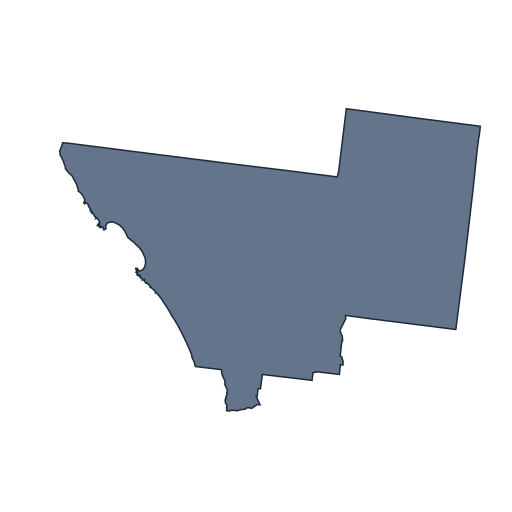 Wattle Range, South Australia, Australia, rotated 7°
{"feature_id": "25037944B1081142143908", "entity_name": "Wattle Range", "entity_type": "district", "adm_level": 2, "iso_a3": "AUS", "parent_name": "Australia", "parent_adm1": "South Australia", "projection": "mercator", "projection_center": [140.154, -37.508], "detail": "fine", "context": "isolated", "style": "filled", "palette": "slate", "viewbox_px": 512, "rotation_deg": 7, "n_neighbors": 0, "source": "geoboundaries", "source_scale": "gbopen_adm2", "svg_char_len": 5720}
<svg xmlns="http://www.w3.org/2000/svg" viewBox="0 0 512 512"><g transform="rotate(7 256 256)"><path d="M463.7,233.9L463.3,162.0L462.6,123.6L462.7,109.9L462.9,109.9L462.9,106.7L462.8,99.9L462.7,99.9L395.8,99.5L327.7,98.8L327.7,161.8L327.0,167.6L276.1,167.4L226.3,167.5L122.3,167.2L54.0,166.9L50.3,167.2L50.5,167.5L48.3,176.1L48.9,177.3L49.3,179.5L49.5,180.0L51.2,182.1L53.4,185.7L53.6,186.3L54.3,187.6L54.4,188.2L54.9,188.8L55.5,189.9L56.0,191.5L56.2,192.5L56.6,193.1L57.5,193.9L58.0,194.6L58.7,195.0L60.1,196.4L61.4,197.4L63.2,198.5L64.0,199.3L65.0,200.7L65.7,201.9L67.3,204.0L69.4,207.1L70.2,209.1L71.2,210.9L71.5,212.1L71.4,212.8L71.6,213.1L71.8,213.4L72.8,213.8L74.9,215.3L77.8,218.4L78.4,219.7L78.9,220.5L79.4,222.3L79.4,222.7L79.1,222.8L78.9,223.0L79.0,223.2L79.0,223.5L78.7,223.7L78.7,223.9L79.1,223.7L79.3,224.0L79.2,224.2L78.8,224.1L78.7,224.3L79.5,224.5L79.3,224.9L79.4,225.0L79.5,225.0L79.5,224.7L79.8,224.6L79.9,224.4L80.7,224.4L80.8,224.2L81.4,224.3L81.5,224.5L81.9,224.4L82.8,225.0L83.6,226.3L83.7,226.5L83.7,227.3L84.3,227.6L84.6,228.2L85.4,229.0L85.7,229.6L85.6,229.9L85.8,230.1L85.8,230.3L86.2,230.3L86.6,230.6L86.5,230.8L86.2,231.0L86.2,231.4L86.3,231.4L86.3,231.1L86.7,231.2L86.9,231.0L87.2,231.3L87.2,231.5L87.1,231.8L87.8,232.3L87.6,232.5L87.9,232.6L88.0,232.8L88.0,233.0L87.8,232.9L87.7,233.0L88.0,233.1L88.2,232.9L88.3,233.3L88.1,233.3L88.1,233.5L88.5,233.5L88.8,233.8L89.0,233.7L89.2,233.8L89.4,234.1L89.4,234.3L90.1,234.7L90.5,235.5L90.5,236.0L91.6,236.4L92.0,236.8L92.3,237.4L92.2,237.7L92.2,238.1L92.5,237.7L93.0,238.0L93.0,237.8L93.1,237.7L93.3,237.9L93.9,237.9L94.1,238.1L95.1,239.1L95.4,239.7L96.5,240.8L96.5,241.1L96.3,241.4L96.5,241.4L96.5,241.7L96.6,242.1L96.8,242.2L96.9,242.4L96.5,243.0L96.1,243.0L96.0,242.8L96.0,243.0L96.5,243.2L96.6,243.8L96.3,244.1L96.1,243.9L95.8,244.1L95.7,243.8L95.4,243.8L95.5,244.1L95.2,244.4L95.4,244.4L95.4,244.7L95.1,245.1L95.3,245.2L95.4,244.8L96.2,245.0L95.9,244.6L96.3,244.4L96.7,244.4L97.3,244.8L97.7,245.5L97.8,245.8L97.6,245.8L97.4,245.5L97.2,245.0L97.0,244.7L96.7,244.6L97.0,244.9L97.2,245.4L97.1,245.6L96.7,245.5L96.8,245.8L96.6,245.8L96.4,246.3L97.0,245.8L97.4,246.1L97.5,246.3L97.5,246.6L97.8,246.9L98.1,246.8L98.0,246.6L98.3,246.4L98.1,246.1L98.2,245.9L98.7,245.9L98.8,246.1L99.1,245.8L99.7,245.9L100.7,246.6L101.3,247.7L101.5,248.1L101.9,248.4L101.8,248.6L102.0,248.6L102.4,248.1L103.8,247.3L103.8,246.9L103.3,246.4L103.3,245.5L103.4,244.8L103.4,243.4L103.8,242.6L104.4,241.8L105.3,240.9L107.2,240.2L109.1,239.8L109.9,239.7L113.7,240.7L114.9,241.4L116.5,241.7L118.2,243.2L119.0,243.6L120.3,244.5L123.1,247.8L126.3,252.9L126.9,253.5L129.8,255.4L133.7,257.7L135.8,259.6L137.8,260.8L140.2,263.0L142.4,265.4L143.2,266.5L145.7,270.7L146.5,272.6L147.2,275.8L147.2,277.1L147.1,277.9L147.1,278.5L146.8,280.3L145.9,282.5L144.9,283.6L143.1,284.7L142.1,285.1L141.4,285.1L140.7,284.2L140.5,283.6L140.2,283.5L140.1,283.3L139.8,283.3L139.7,282.9L139.2,283.0L138.5,282.7L138.3,282.7L138.3,283.1L138.2,283.3L138.4,283.5L138.4,283.9L138.8,284.4L139.4,284.6L139.2,285.4L139.8,285.2L139.8,285.5L139.7,285.6L139.8,285.8L139.9,285.6L139.6,286.2L140.0,286.5L139.6,286.8L140.2,286.8L140.3,287.0L140.0,287.3L140.4,287.6L140.2,287.8L140.3,287.9L140.1,288.3L140.1,289.0L140.5,289.2L140.6,289.4L141.1,289.8L141.2,289.4L141.1,289.2L142.5,289.2L142.8,289.5L142.8,289.8L143.1,289.5L143.3,289.7L143.2,290.3L143.4,290.3L143.5,290.7L144.0,291.0L143.9,291.3L143.9,291.8L145.2,291.9L145.7,292.2L145.7,292.6L145.9,293.4L146.1,293.0L146.8,293.5L147.4,293.5L147.6,293.8L148.2,293.1L148.6,293.7L148.5,294.1L148.8,294.5L148.8,294.8L149.0,295.1L149.2,295.6L149.3,295.8L150.0,295.9L150.2,296.5L151.1,296.3L152.2,296.6L152.5,297.0L152.5,297.5L153.1,297.8L153.6,297.9L154.0,298.2L154.5,299.2L154.6,299.7L154.7,299.9L155.2,299.8L155.3,300.0L155.8,300.0L155.9,300.5L156.1,300.6L156.3,300.4L156.9,300.6L157.8,301.4L158.2,301.9L159.4,302.6L160.6,304.0L160.9,304.5L160.9,304.9L161.0,304.8L161.8,304.9L162.2,305.2L163.0,305.7L163.6,306.3L164.1,307.0L164.9,307.4L165.6,308.5L167.3,309.9L168.5,311.4L169.2,312.5L170.9,314.3L173.1,317.0L174.2,318.1L174.3,318.4L176.9,321.6L177.8,323.0L178.1,323.2L178.8,324.4L180.1,326.1L182.0,328.1L184.3,331.1L185.2,332.4L186.9,334.4L189.9,338.9L190.9,340.1L193.2,343.8L194.9,346.2L195.3,347.1L196.2,348.4L196.5,349.0L198.1,351.4L199.9,354.5L201.3,356.6L202.1,358.1L202.9,359.5L204.3,362.4L204.5,363.0L204.7,363.4L204.6,363.9L204.7,364.3L205.3,365.0L205.6,365.8L207.3,368.2L207.6,368.7L207.6,369.1L208.0,369.4L208.4,371.1L209.3,373.1L235.3,373.0L236.1,374.6L236.1,374.9L235.9,375.2L236.1,375.6L236.2,376.3L236.4,376.8L236.7,377.0L236.9,377.6L237.2,378.3L237.1,378.6L237.4,378.8L237.9,380.0L238.8,381.3L239.8,382.6L240.2,383.6L240.6,384.7L240.7,385.9L240.6,386.5L240.7,386.8L240.6,387.0L240.8,387.1L241.1,388.0L241.4,388.1L241.5,388.6L241.8,388.8L242.3,389.7L242.5,390.4L243.3,391.4L243.8,392.7L243.9,393.6L243.7,395.2L244.0,396.6L243.6,399.1L243.4,399.5L243.2,399.7L243.2,400.5L243.5,400.7L243.6,401.2L243.4,401.7L242.9,402.3L242.9,402.9L243.3,404.2L243.4,404.9L243.7,405.9L244.7,406.6L245.4,408.3L245.4,408.9L245.1,409.7L245.5,410.9L245.8,411.6L245.8,412.4L245.5,412.6L245.7,413.1L248.1,413.2L250.8,412.0L256.9,411.8L257.9,411.0L261.5,409.9L263.0,409.7L264.8,408.7L265.7,407.7L267.9,407.5L270.2,407.8L275.5,403.2L278.2,403.2L273.2,395.2L274.2,395.2L274.3,387.2L276.6,387.3L276.8,372.8L326.8,372.6L326.8,364.8L327.8,364.6L328.8,364.0L329.6,364.0L329.6,363.5L353.2,363.4L353.0,353.7L355.6,353.6L355.3,350.0L353.3,345.6L351.7,344.7L351.6,329.9L352.3,329.8L351.5,325.1L349.5,322.1L348.5,319.2L349.9,315.5L351.4,311.0L352.8,307.1L352.0,304.1L379.9,304.4L380.1,304.3L395.5,304.4L463.3,304.6L463.7,233.9Z" fill="#64748b" stroke="#1e293b" stroke-width="1.5"/></g></svg>